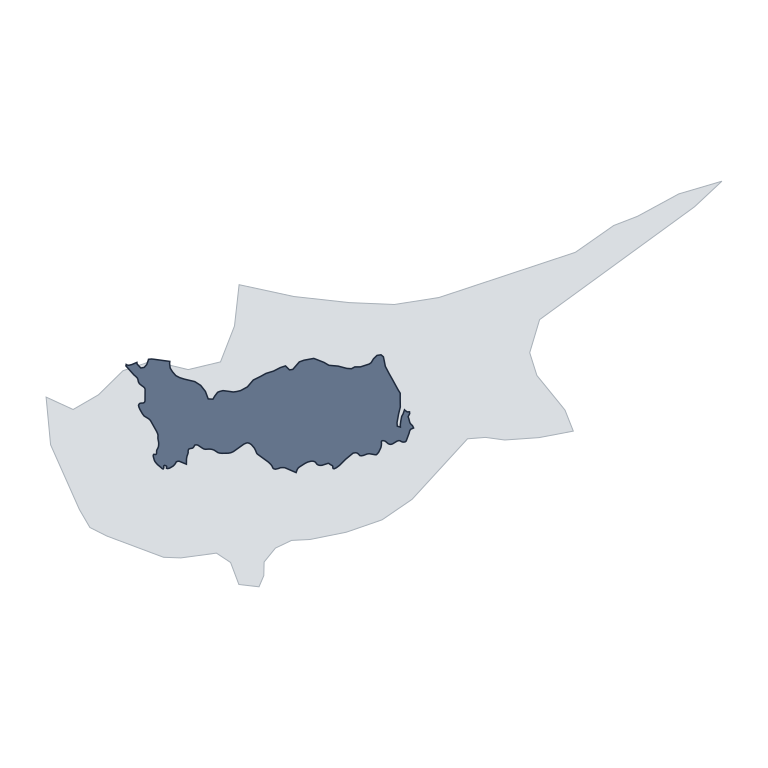 Cyprus, with Nicosia highlighted
{"feature_id": "CYP-3464", "entity_name": "Nicosia", "entity_type": "District", "adm_level": 1, "iso_a3": "CYP", "parent_name": "Cyprus", "parent_adm1": "", "projection": "orthographic", "projection_center": [33.02, 35.04], "detail": "fine", "context": "in_parent", "style": "filled", "palette": "slate", "viewbox_px": 768, "rotation_deg": 0, "n_neighbors": 0, "source": "natural_earth", "source_scale": "10m", "svg_char_len": 4064}
<svg xmlns="http://www.w3.org/2000/svg" viewBox="0 0 768 768"><path d="M565.0,410.1L573.3,431.1L539.1,437.6L504.7,440.0L485.5,437.4L467.5,438.8L412.1,499.3L382.1,519.8L346.3,532.2L309.9,539.5L291.5,540.4L275.4,548.1L264.1,562.0L263.8,575.6L259.0,586.8L238.9,584.5L230.6,562.5L216.4,553.1L180.9,557.9L163.6,557.3L107.0,536.1L89.9,527.5L79.4,509.5L50.6,444.8L46.1,397.1L73.1,409.5L98.5,394.8L123.0,370.7L152.0,361.0L170.2,365.3L188.1,369.6L220.5,361.9L234.5,326.0L239.1,284.7L293.7,296.5L349.0,302.6L394.4,304.5L439.0,297.5L575.4,252.3L613.7,225.5L637.5,216.3L678.8,193.9L721.9,181.2L694.5,206.8L539.6,319.6L529.7,352.7L536.9,375.5L559.2,402.9L565.0,410.1Z" fill="#d9dde1" stroke="#a8b0b8" stroke-width="1"/><path d="M381.0,354.8L383.4,356.8L384.3,361.1L385.3,366.3L389.0,373.4L392.4,379.4L398.1,389.8L400.2,393.2L400.2,399.8L400.3,407.0L398.6,413.9L397.0,422.8L397.3,426.2L400.4,427.1L400.3,424.8L400.8,421.0L401.7,416.4L403.1,413.9L404.5,409.8L405.1,410.4L407.2,411.9L409.5,411.8L409.7,413.6L408.1,416.7L408.8,418.6L409.8,422.5L410.4,423.5L411.3,424.6L412.4,425.5L413.2,427.1L413.5,427.7L413.6,428.0L410.8,429.2L410.1,430.1L409.6,431.1L409.2,432.9L406.2,441.0L405.1,441.9L403.8,442.1L402.4,442.0L401.2,441.5L400.2,440.8L398.8,440.6L397.1,441.1L392.5,443.9L390.8,444.4L389.4,444.2L388.2,443.7L385.6,441.5L384.8,441.0L383.6,440.7L382.1,440.7L381.6,441.2L381.3,442.0L381.5,443.2L381.4,445.1L380.9,447.6L378.7,452.2L377.3,453.9L376.2,454.8L374.9,454.7L369.2,453.7L367.1,454.0L363.5,455.4L361.4,455.8L359.9,455.6L358.3,453.9L357.2,453.1L355.8,452.7L353.1,453.1L345.6,459.3L339.5,465.4L336.3,467.8L334.1,468.8L333.1,468.5L332.8,467.5L332.8,466.6L332.5,465.8L331.9,465.4L330.2,464.5L329.3,463.7L328.2,463.3L322.0,465.3L320.7,465.4L319.2,465.3L318.0,464.9L316.9,464.2L315.5,462.3L314.5,461.6L313.0,461.2L311.1,461.2L307.6,462.1L305.0,463.4L299.4,467.0L298.3,467.9L297.6,468.9L297.1,469.8L296.1,472.6L284.8,467.7L282.9,467.6L280.4,467.7L278.5,468.5L275.3,469.2L273.6,468.7L272.7,467.8L272.3,466.5L270.9,464.5L268.4,462.1L257.4,454.1L256.8,453.4L256.5,452.8L256.1,451.8L255.4,450.1L254.3,448.0L251.4,444.6L249.4,443.3L247.5,442.8L246.2,443.1L243.9,444.1L233.4,451.6L230.9,452.7L228.3,453.2L221.8,453.3L219.7,453.1L217.9,452.6L214.1,450.1L212.1,449.4L210.1,449.1L208.2,449.1L205.6,449.3L203.9,449.0L202.3,448.1L197.8,445.1L196.1,444.8L194.8,445.1L193.5,447.3L192.6,448.1L191.3,448.4L189.9,448.6L188.8,449.1L188.3,450.0L188.1,451.2L188.2,452.4L187.9,453.7L187.0,456.2L186.7,457.7L186.5,459.1L186.4,464.2L179.1,461.2L177.8,461.3L176.3,461.8L175.7,463.0L174.7,464.5L173.1,466.1L169.7,468.1L167.7,468.6L166.5,468.3L166.5,467.6L166.7,466.8L166.5,466.1L164.7,465.3L163.9,465.7L163.7,466.7L163.8,467.8L163.3,468.9L162.5,468.8L161.7,468.2L160.9,467.4L157.5,464.6L156.0,462.9L155.0,461.6L154.3,460.2L153.3,456.6L153.2,455.4L153.4,454.9L153.8,454.3L155.7,454.5L156.3,454.1L156.6,453.2L156.6,451.0L156.8,450.1L157.9,448.0L158.4,446.8L158.6,445.3L158.7,443.7L158.6,442.2L158.1,439.6L157.9,438.3L158.0,435.0L157.5,433.4L156.6,431.4L150.4,420.4L148.7,418.8L144.1,416.0L142.3,413.6L139.9,409.4L138.9,407.1L138.5,405.3L139.0,404.2L139.8,403.4L141.0,403.1L142.3,403.1L143.6,402.9L144.5,402.2L145.0,401.0L145.1,389.2L144.5,387.8L143.3,386.7L141.7,385.6L139.4,383.7L138.4,381.9L137.9,379.4L137.3,378.0L135.5,376.2L134.0,375.0L125.9,365.9L126.2,364.5L126.7,364.9L128.7,365.3L131.7,364.6L136.9,362.4L137.1,364.0L140.8,368.0L144.2,367.4L146.7,364.6L148.2,360.5L148.5,359.3L151.5,359.0L154.3,359.3L163.8,360.6L169.8,361.4L169.6,363.7L170.2,368.1L172.5,371.8L175.8,375.6L179.6,377.6L184.3,379.1L194.8,381.6L200.7,385.4L205.4,391.4L208.2,398.9L212.9,399.2L214.8,396.0L217.6,392.3L219.5,391.5L223.0,390.6L230.0,391.5L233.3,392.0L236.8,391.5L240.6,390.6L247.4,386.9L253.3,380.0L260.8,376.3L266.0,373.4L273.5,371.1L280.3,367.6L285.5,365.9L289.5,369.9L292.8,369.4L299.3,361.9L304.0,360.2L313.8,358.4L324.0,362.4L328.9,365.3L338.1,366.1L346.8,368.4L351.5,368.7L354.8,366.9L360.4,366.9L369.3,364.0L371.2,362.6L373.5,358.8L377.0,355.4L381.0,354.8Z" fill="#64748b" stroke="#1e293b" stroke-width="1.5"/></svg>